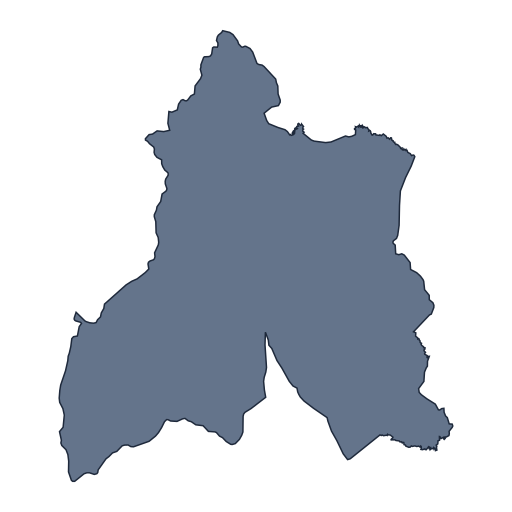 outline of Nong Hin, Loei, Thailand
{"feature_id": "78962969B75467334486203", "entity_name": "Nong Hin", "entity_type": "district", "adm_level": 2, "iso_a3": "THA", "parent_name": "Thailand", "parent_adm1": "Loei", "projection": "natural_earth1", "projection_center": [101.862, 17.087], "detail": "fine", "context": "isolated", "style": "filled", "palette": "slate", "viewbox_px": 512, "rotation_deg": 0, "n_neighbors": 0, "source": "geoboundaries", "source_scale": "gbopen_adm2", "svg_char_len": 6042}
<svg xmlns="http://www.w3.org/2000/svg" viewBox="0 0 512 512"><path d="M414.8,156.7L414.0,155.3L413.1,155.0L411.6,155.6L410.2,153.6L407.8,152.4L407.0,150.3L406.0,150.5L406.0,149.4L404.5,149.9L403.9,149.0L403.4,150.0L403.0,150.0L402.4,149.7L402.7,149.1L401.3,148.7L401.7,148.1L400.6,148.3L400.5,147.5L397.9,144.9L396.4,144.2L395.9,144.5L394.8,143.3L394.8,142.3L393.8,142.1L393.1,141.4L393.1,140.7L391.8,140.1L391.4,137.9L390.6,137.8L389.6,139.2L388.1,137.8L387.0,138.2L386.2,136.3L383.3,134.0L381.2,135.7L379.9,134.8L379.3,135.4L375.9,134.9L375.6,133.8L373.7,133.7L372.7,135.0L372.1,135.1L370.8,133.0L370.8,132.0L370.2,130.7L369.6,130.4L368.8,130.9L369.0,129.9L367.5,128.2L367.4,127.5L365.3,127.7L364.7,126.9L363.8,126.8L363.4,127.7L362.9,127.8L363.1,126.9L362.6,125.8L362.2,127.1L361.6,127.1L361.9,125.5L360.7,125.7L360.3,126.6L359.5,125.3L359.4,126.2L358.7,125.9L358.6,127.0L357.9,126.2L356.6,127.0L355.6,126.7L355.9,127.4L354.5,128.7L354.6,129.4L355.4,129.2L355.7,130.2L355.4,134.6L351.8,136.3L348.8,136.9L345.5,136.0L331.0,142.0L325.6,142.6L314.1,141.1L311.3,140.0L303.1,133.3L304.1,132.2L302.7,131.1L302.9,129.6L303.5,129.1L302.8,128.6L302.9,127.1L303.5,126.5L301.6,124.1L301.5,124.9L300.4,125.3L298.7,123.4L297.9,123.9L297.8,124.9L298.4,126.1L296.9,126.4L296.3,127.4L297.4,128.6L296.0,129.2L295.7,128.0L295.2,128.1L294.7,128.8L294.9,129.9L293.4,131.0L292.2,133.2L292.5,133.6L293.8,132.9L294.7,131.6L294.5,133.6L293.1,134.8L291.2,135.4L290.6,134.5L289.7,134.9L287.4,131.6L285.0,129.7L278.0,127.5L268.7,123.7L266.7,120.5L264.1,113.2L271.6,107.1L278.4,105.6L280.2,102.2L280.2,100.1L278.1,94.0L277.8,86.0L276.4,82.7L275.7,79.1L264.1,66.6L262.1,65.1L258.8,64.5L257.0,63.5L252.7,52.1L250.0,48.5L245.8,46.3L244.6,46.3L242.7,47.2L241.4,46.9L238.6,43.9L237.6,40.9L233.0,34.6L229.7,32.4L222.7,30.7L221.6,32.5L218.4,35.1L217.3,36.9L216.5,40.5L217.9,42.9L217.9,45.6L217.3,47.2L213.8,47.0L212.6,47.8L211.7,54.0L210.4,56.0L208.8,56.6L204.4,56.8L203.6,57.5L200.9,64.8L200.9,67.2L200.3,69.2L201.9,75.2L200.5,78.7L195.1,85.9L194.4,94.0L190.8,95.9L187.8,99.9L186.6,100.8L185.2,100.8L183.0,99.6L181.2,100.3L178.6,104.1L177.3,109.9L171.9,112.2L168.9,111.5L167.9,123.3L169.7,130.3L163.7,131.6L157.1,130.9L152.5,134.1L149.1,134.6L145.4,138.7L145.5,140.1L147.6,141.3L149.5,143.7L153.7,147.0L154.4,149.0L154.1,152.3L154.7,154.5L157.0,157.4L161.6,159.8L161.7,163.8L162.8,166.7L164.8,170.1L167.9,172.7L168.2,173.8L168.1,175.3L165.7,179.1L165.2,181.3L165.3,183.9L166.9,188.5L166.7,189.9L165.9,191.2L162.1,194.0L160.7,201.5L157.0,206.8L156.4,210.2L154.3,214.8L154.3,216.7L155.8,221.7L156.1,232.8L158.2,237.5L158.7,242.4L158.3,244.9L154.6,252.8L155.0,256.6L154.4,258.8L153.4,259.8L150.0,261.0L148.5,262.2L148.0,263.9L148.8,269.0L145.1,272.7L137.1,278.9L131.7,281.3L126.2,284.8L104.5,304.1L103.8,308.5L101.3,312.9L100.5,316.9L97.6,319.7L96.1,322.6L93.5,323.2L89.8,322.8L86.1,321.6L84.9,320.9L76.1,312.3L74.4,317.4L74.1,319.0L74.7,320.2L75.7,320.9L80.6,322.3L81.5,323.4L79.2,326.7L77.4,336.0L73.5,336.7L71.8,338.6L70.8,346.6L69.3,353.2L68.2,356.2L67.8,360.7L65.5,370.9L60.7,385.0L59.8,390.5L59.2,398.1L59.7,402.4L62.9,408.6L64.3,415.1L63.1,427.3L59.5,431.6L61.4,440.3L60.9,443.0L61.8,445.5L66.0,449.7L67.9,454.6L68.7,461.2L68.5,471.9L71.4,480.3L72.6,481.3L74.7,481.3L84.0,473.8L86.8,472.8L89.5,472.8L94.3,474.4L96.8,473.7L97.7,472.6L98.2,469.8L106.0,458.8L108.9,456.6L112.5,452.9L116.8,451.4L122.2,445.8L124.5,445.1L128.1,445.0L130.8,446.6L133.5,446.8L149.1,441.3L155.5,436.1L158.5,432.6L161.7,427.4L164.5,421.7L166.6,419.6L168.1,419.7L170.6,421.0L177.0,421.4L182.7,418.8L185.0,418.4L188.2,420.8L191.3,421.7L195.8,424.8L203.1,425.7L208.4,431.4L215.1,431.9L216.5,432.6L219.5,436.1L222.5,437.6L226.2,441.5L230.7,444.3L232.1,444.5L235.3,443.6L239.4,439.4L241.7,435.3L242.9,432.0L243.1,416.3L243.7,413.9L245.0,412.3L251.0,408.6L265.7,397.3L264.4,390.0L263.6,381.3L264.2,377.3L265.8,372.1L266.5,367.5L265.0,344.9L265.4,332.2L268.3,340.0L268.9,345.2L271.8,348.5L277.0,360.6L281.9,368.1L289.3,381.4L293.0,386.0L297.0,388.1L297.7,391.9L298.8,394.4L300.3,397.0L304.0,401.0L313.4,408.2L327.1,417.6L327.9,421.1L331.5,431.1L336.9,440.7L343.2,453.8L347.6,459.6L350.2,458.8L380.0,434.9L381.3,435.5L382.1,435.0L383.6,435.7L386.4,435.2L387.2,435.5L387.6,434.3L388.3,434.9L390.2,435.0L392.9,437.1L392.8,437.8L391.1,439.4L391.2,439.9L394.8,439.8L395.9,440.5L399.1,440.9L400.1,442.0L401.3,441.7L402.2,442.9L402.6,442.3L403.8,442.5L404.0,444.6L405.5,445.1L405.8,446.1L408.8,447.3L410.2,447.1L411.3,445.9L412.2,446.4L414.9,445.9L416.8,446.5L418.7,446.1L420.0,447.0L420.7,446.0L421.2,446.5L421.3,448.3L420.9,449.4L422.5,449.7L424.9,448.9L425.3,449.6L426.3,449.7L428.7,446.6L429.6,447.1L428.8,447.9L429.3,448.9L430.6,448.1L430.4,449.5L431.4,448.7L433.0,448.6L433.4,447.8L433.9,449.0L434.3,448.0L434.7,448.2L435.4,449.2L435.5,450.6L436.9,450.1L436.5,447.7L436.8,446.3L436.2,445.1L437.8,443.9L438.0,440.8L439.5,440.3L439.4,436.5L439.9,436.6L441.0,438.6L443.6,437.2L444.3,437.9L443.7,438.8L444.2,439.4L445.2,438.4L444.7,437.6L445.0,436.9L446.1,437.1L448.9,435.6L449.3,433.7L449.1,431.3L452.2,427.4L452.8,426.0L452.2,424.1L449.2,423.9L447.3,417.6L445.6,416.0L444.1,412.3L443.9,408.3L441.7,408.6L439.7,410.0L438.4,409.8L435.3,404.1L427.0,398.9L421.2,394.6L419.2,392.4L418.6,388.6L423.9,381.4L424.5,372.1L426.3,367.8L427.4,366.2L427.5,361.2L429.3,356.3L428.7,356.3L428.0,357.5L427.3,357.7L427.0,357.3L427.2,355.6L424.7,354.2L424.6,353.5L425.5,352.3L424.3,351.2L423.9,350.1L424.9,349.1L425.0,347.8L423.6,347.7L423.6,346.8L421.7,345.4L421.1,344.2L421.5,343.3L420.2,342.5L419.9,340.6L419.3,340.2L419.1,339.0L418.5,338.6L417.8,339.0L417.6,337.8L415.6,336.2L415.8,332.8L413.5,331.8L429.5,314.9L431.3,314.1L433.8,307.6L433.9,305.3L432.9,302.7L429.3,299.7L429.2,295.3L424.6,289.7L423.7,281.2L423.0,279.6L420.5,276.2L416.7,272.7L410.6,269.5L410.1,262.6L404.3,255.1L401.8,253.8L398.8,254.7L395.7,253.8L395.2,245.1L393.2,243.3L392.9,242.1L393.4,240.8L396.5,238.4L397.7,235.4L399.1,225.3L399.5,205.3L400.4,190.9L405.6,177.5L411.2,166.1L414.8,156.7Z" fill="#64748b" stroke="#1e293b" stroke-width="1.5"/></svg>